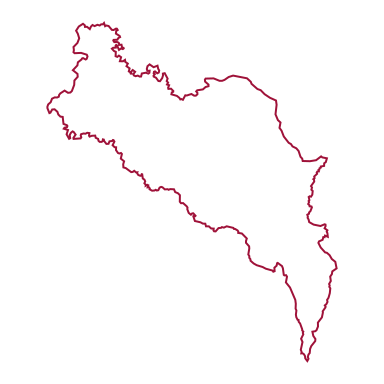 the district of Samaniego, Nariño, Colombia
{"feature_id": "7082276B98763994729952", "entity_name": "Samaniego", "entity_type": "district", "adm_level": 2, "iso_a3": "COL", "parent_name": "Colombia", "parent_adm1": "Nariño", "projection": "albers", "projection_center": [-77.707, 1.393], "detail": "fine", "context": "isolated", "style": "outline", "palette": "rose", "viewbox_px": 384, "rotation_deg": 0, "n_neighbors": 0, "source": "geoboundaries", "source_scale": "gbopen_adm2", "svg_char_len": 5857}
<svg xmlns="http://www.w3.org/2000/svg" viewBox="0 0 384 384"><path d="M336.6,268.4L335.3,261.8L331.8,259.0L329.6,255.2L326.9,252.8L325.1,252.4L320.7,247.5L318.4,242.9L319.0,241.4L322.6,239.8L323.3,237.1L324.6,237.2L325.0,235.6L327.8,236.8L327.4,233.1L326.7,231.6L327.4,230.3L324.6,228.3L325.6,226.1L325.5,224.6L324.6,224.3L320.5,226.0L313.6,224.6L309.2,222.1L308.6,219.5L307.6,217.8L307.9,216.8L307.3,214.7L309.0,213.7L309.1,212.4L310.4,211.2L311.9,207.4L311.5,206.5L309.6,206.3L309.5,205.3L308.2,204.0L309.1,202.1L308.6,201.0L309.4,200.1L308.7,197.0L309.7,196.3L311.0,196.7L312.3,194.7L312.7,191.0L311.4,189.7L312.0,187.5L311.0,186.1L314.2,181.6L314.0,179.5L313.4,179.1L314.6,178.1L314.2,176.5L317.1,173.8L316.7,172.6L317.3,171.6L318.8,171.4L318.5,170.0L319.3,169.7L319.5,168.3L320.8,167.6L320.8,166.5L324.1,165.9L324.2,163.3L325.8,162.1L326.9,158.3L322.3,157.4L321.1,156.4L316.1,160.2L309.9,161.2L302.7,161.0L302.2,158.6L300.5,156.8L298.6,151.0L296.3,148.3L292.5,146.4L291.0,144.1L288.7,142.8L283.8,136.5L281.5,130.6L279.5,127.9L280.5,122.5L277.9,120.1L275.5,114.3L276.6,104.8L276.0,100.5L270.0,97.8L264.6,94.2L260.7,90.2L257.4,89.0L251.5,83.8L250.8,81.8L247.0,78.3L233.1,75.6L228.7,77.0L224.5,79.9L222.1,80.8L219.5,80.8L213.6,78.4L205.6,78.6L204.9,79.7L205.1,81.6L208.5,84.6L208.5,86.2L205.6,87.0L202.9,89.4L197.2,90.3L196.2,91.4L197.4,92.8L197.4,94.3L195.8,95.7L194.2,95.7L191.4,94.0L186.8,95.5L185.3,95.3L182.9,99.8L181.2,99.0L180.3,99.4L179.4,97.9L176.9,95.9L171.4,94.3L171.8,92.4L173.2,91.8L173.3,91.0L171.0,88.7L168.4,88.9L168.1,87.8L169.1,85.2L167.0,84.5L168.1,82.6L166.7,81.1L167.6,78.6L164.7,73.2L162.9,73.6L163.0,75.5L162.2,78.1L160.0,81.2L158.4,81.0L156.0,77.7L153.7,76.6L153.5,75.8L154.8,74.2L153.7,73.4L154.0,71.8L155.0,71.4L157.3,73.3L158.8,72.5L159.2,70.5L158.2,68.8L157.5,65.7L153.6,67.2L149.6,64.4L147.5,66.2L146.8,69.0L147.4,70.9L149.6,70.7L149.4,72.8L148.3,73.6L145.9,72.7L141.8,73.5L141.1,76.5L139.7,76.6L137.8,75.6L135.6,76.2L133.8,75.4L133.4,74.1L135.1,71.8L132.7,70.0L131.0,71.9L131.5,73.6L130.7,73.6L130.2,72.2L128.8,71.4L129.6,68.4L126.5,66.2L127.8,63.6L125.3,61.9L125.0,59.9L122.9,61.3L119.9,61.2L121.1,57.2L118.9,55.6L117.3,56.9L115.6,56.2L115.8,51.8L114.0,51.0L111.9,48.7L113.1,47.8L115.8,47.6L115.6,45.7L116.2,44.9L117.1,45.5L119.0,49.9L121.0,48.5L122.8,49.1L123.7,48.4L123.5,47.8L122.1,47.5L121.5,44.7L119.1,44.9L119.0,43.2L118.1,42.4L116.7,41.9L114.3,42.1L113.3,40.6L113.6,39.9L117.4,39.7L118.4,38.0L120.1,37.1L119.7,36.0L115.9,33.6L116.2,31.0L117.7,30.0L116.9,28.7L116.0,28.6L113.6,30.0L111.9,29.9L108.6,26.0L106.3,25.5L105.1,26.2L104.0,23.0L102.9,24.3L101.2,24.3L99.7,25.5L97.4,24.8L94.6,26.1L92.5,25.0L91.0,26.5L89.8,29.1L87.0,26.8L85.0,26.9L84.8,25.3L83.0,23.8L78.8,26.5L76.1,30.7L77.8,33.7L79.2,38.3L77.4,43.0L73.5,47.0L73.9,50.1L73.5,52.2L74.6,53.2L81.1,52.9L86.8,54.7L87.5,56.4L86.7,58.8L85.7,59.5L83.0,58.1L82.0,58.5L81.5,59.5L77.9,62.3L77.4,65.4L72.9,70.2L77.5,73.9L77.7,76.8L74.4,80.5L74.2,84.9L71.9,91.0L70.4,92.5L68.0,92.8L64.6,90.6L60.3,93.4L59.1,95.0L58.8,96.7L57.1,97.5L54.7,97.4L52.0,98.7L50.7,102.2L48.2,104.4L47.4,106.7L47.4,108.1L49.4,113.1L50.4,112.7L52.2,109.5L54.6,109.3L57.4,111.8L58.3,114.5L60.4,116.6L62.7,116.9L63.5,123.9L66.9,125.2L67.4,126.0L67.0,127.1L64.5,127.7L63.8,128.7L68.0,130.0L66.6,134.3L69.1,138.8L70.2,138.2L69.7,135.0L71.0,132.7L72.6,131.4L73.7,132.0L75.6,134.6L73.4,137.9L73.6,138.9L80.6,138.4L81.3,137.3L80.7,135.4L81.1,134.2L83.5,133.5L85.6,133.7L87.2,132.8L89.4,133.1L89.0,135.7L89.6,136.6L91.7,135.8L95.2,135.6L95.7,137.8L98.1,138.9L98.5,140.8L99.7,141.9L101.6,141.9L102.6,141.2L102.9,139.4L103.8,139.6L104.2,141.1L106.4,143.9L108.5,143.8L109.5,141.3L112.2,141.0L112.9,140.0L113.5,140.1L114.4,141.6L112.6,145.2L114.6,147.2L116.1,147.3L116.0,150.1L118.0,153.0L119.3,153.5L121.0,153.0L121.9,154.0L120.8,158.6L124.1,161.3L123.2,164.2L123.4,167.4L125.8,168.1L131.2,172.1L132.8,171.9L134.2,170.8L136.1,172.4L137.3,172.3L137.0,173.0L138.3,175.0L140.3,175.8L141.1,175.7L141.7,174.2L142.2,174.3L142.8,178.5L144.4,179.6L145.2,181.4L144.4,183.3L145.8,184.8L145.7,185.7L147.2,184.8L148.3,185.3L147.6,187.4L149.1,187.4L149.8,188.5L149.6,189.3L152.1,190.7L154.5,190.5L155.7,189.8L156.8,190.5L158.3,190.2L159.6,187.6L161.1,186.9L162.5,187.3L164.8,189.4L167.7,189.2L168.6,189.8L170.2,189.1L174.0,189.3L175.2,192.1L177.9,193.2L179.9,195.2L179.8,201.7L181.0,203.2L183.1,203.1L186.6,206.2L187.5,207.5L187.3,209.2L188.7,212.9L190.9,214.7L192.2,213.4L193.3,213.3L195.5,215.8L195.1,216.2L194.1,215.7L193.3,216.2L194.9,221.0L200.5,222.3L202.8,223.6L205.3,223.7L206.0,226.3L208.8,226.3L211.2,228.5L213.7,228.6L213.5,230.5L214.1,231.3L215.6,231.4L218.5,228.1L221.1,227.8L221.9,227.1L223.9,227.6L226.7,226.3L233.4,227.9L233.9,228.9L235.2,229.0L237.5,230.4L238.3,231.5L238.2,232.9L241.9,233.5L246.8,238.5L246.0,241.0L246.0,242.8L249.1,246.3L249.3,248.4L248.3,254.5L249.3,256.0L249.3,257.8L250.3,259.0L250.6,260.8L253.7,263.5L256.7,265.2L262.6,267.0L265.8,268.7L272.6,270.6L273.3,271.7L274.6,271.2L274.4,267.7L276.6,265.7L277.1,263.2L277.7,262.9L282.0,266.1L282.9,268.3L283.8,274.9L284.4,275.4L286.1,275.2L287.0,276.7L285.9,282.4L290.0,287.5L295.3,299.9L295.8,303.8L295.6,308.7L296.4,310.5L295.9,314.6L296.3,317.2L297.6,319.8L298.5,319.9L298.7,321.8L300.1,323.5L302.2,329.3L302.2,330.5L303.3,331.6L302.8,332.9L303.3,334.3L301.1,338.8L302.5,342.0L300.8,349.8L301.6,351.9L301.3,353.4L302.6,353.3L304.0,354.3L305.0,356.1L305.3,358.4L307.3,361.0L308.5,358.8L307.8,357.0L308.5,354.5L309.7,353.1L310.1,348.9L311.3,346.0L315.2,341.1L315.4,339.0L313.3,335.9L312.4,331.7L315.3,331.2L316.5,330.2L318.0,326.5L317.9,322.6L321.9,317.4L322.9,312.6L322.7,311.3L325.4,307.5L325.6,306.7L324.8,305.4L326.3,304.2L327.5,301.9L327.1,299.9L328.5,297.8L329.8,293.2L330.3,288.3L329.3,286.8L329.7,285.5L329.1,284.0L330.8,281.0L330.2,276.6L331.9,274.1L332.3,271.4L336.6,268.4Z" fill="none" stroke="#9f1239" stroke-width="2"/></svg>